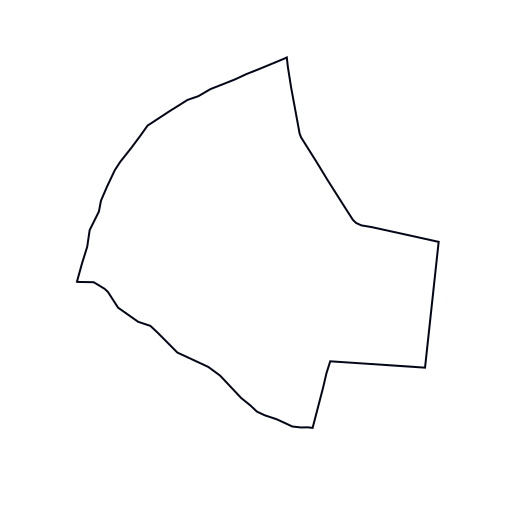 Tiba police station, Qina, Egypt, rotated 343°
{"feature_id": "37247803B46763181924450", "entity_name": "Tiba police station", "entity_type": "district", "adm_level": 2, "iso_a3": "EGY", "parent_name": "Egypt", "parent_adm1": "Qina", "projection": "mercator", "projection_center": [32.702, 25.738], "detail": "fine", "context": "isolated", "style": "outline", "palette": "ink", "viewbox_px": 512, "rotation_deg": 343, "n_neighbors": 0, "source": "geoboundaries", "source_scale": "gbopen_adm2", "svg_char_len": 975}
<svg xmlns="http://www.w3.org/2000/svg" viewBox="0 0 512 512"><g transform="rotate(343 256 256)"><path d="M259.9,436.9L281.8,401.3L289.1,388.7L296.2,378.4L385.0,412.2L434.8,295.9L375.3,262.3L370.5,259.9L365.9,257.6L365.7,257.5L361.4,253.7L359.2,249.7L355.2,235.4L354.2,231.8L346.5,203.8L341.4,183.8L333.8,155.8L333.5,151.7L338.9,104.7L341.8,84.2L343.5,75.1L340.9,75.5L312.9,78.2L300.1,79.2L287.3,81.0L262.3,83.0L260.7,83.2L247.6,86.3L236.2,86.7L216.9,91.9L213.7,92.8L190.4,99.6L180.4,107.3L168.0,116.4L153.9,126.1L146.0,132.7L138.1,141.4L133.9,146.0L123.9,157.8L118.8,167.5L104.5,182.6L97.3,197.8L87.6,212.0L77.2,228.3L77.3,228.4L77.4,228.5L93.1,233.6L101.7,243.2L103.9,247.1L109.0,265.1L124.1,284.5L134.6,292.0L136.1,294.6L139.1,299.8L152.6,325.4L161.1,333.0L178.0,348.2L186.7,359.9L194.4,375.5L200.3,387.5L206.9,397.2L211.4,405.1L217.7,410.8L228.2,418.3L236.7,425.9L240.9,429.7L249.1,433.2L255.2,434.9L259.9,436.9Z" fill="none" stroke="#020617" stroke-width="2"/></g></svg>